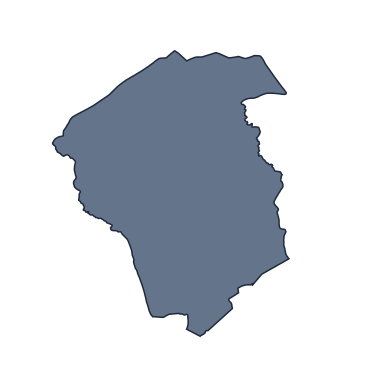 the district of Longsane, Vientiane, Laos, rotated 73°
{"feature_id": "54806243B36605497856689", "entity_name": "Longsane", "entity_type": "district", "adm_level": 2, "iso_a3": "LAO", "parent_name": "Laos", "parent_adm1": "Vientiane", "projection": "equal_earth", "projection_center": [102.9, 18.631], "detail": "fine", "context": "isolated", "style": "filled", "palette": "slate", "viewbox_px": 384, "rotation_deg": 73, "n_neighbors": 0, "source": "geoboundaries", "source_scale": "gbopen_adm2", "svg_char_len": 6064}
<svg xmlns="http://www.w3.org/2000/svg" viewBox="0 0 384 384"><g transform="rotate(73 192 192)"><path d="M51.7,167.1L54.5,173.8L56.2,177.5L55.2,181.6L54.9,182.7L55.0,183.0L54.7,184.4L55.8,188.0L57.4,192.0L59.5,198.1L61.8,205.9L65.7,222.1L67.9,228.6L69.5,232.5L72.0,237.4L74.8,242.6L77.7,251.9L80.6,261.2L82.3,269.1L84.3,279.9L85.4,284.5L87.2,287.3L89.6,289.5L89.8,289.6L90.0,289.8L91.6,291.9L92.9,293.1L95.9,296.9L96.9,297.4L99.3,298.3L100.5,298.6L100.6,299.1L100.6,300.1L100.5,301.1L100.3,302.4L100.4,303.7L100.9,306.0L101.3,307.3L102.2,308.7L103.6,310.1L104.5,311.1L105.5,311.1L106.1,310.7L107.0,310.3L108.2,309.4L109.6,309.2L110.1,309.4L110.8,309.8L112.4,309.3L114.5,309.0L115.1,308.2L116.3,307.2L117.2,306.5L118.6,305.7L120.1,304.6L120.2,303.6L119.9,302.6L119.8,301.2L120.2,299.9L121.1,299.1L122.3,298.7L123.3,298.5L124.1,298.2L124.4,297.3L124.8,296.5L125.6,296.0L128.1,294.8L129.1,294.7L129.8,294.9L132.7,296.6L134.2,297.2L135.9,297.9L137.8,298.2L140.0,298.3L142.4,298.5L143.2,298.3L144.3,298.5L145.4,299.4L146.7,301.4L147.9,302.4L149.8,302.9L151.4,302.7L152.0,302.9L152.9,302.7L153.7,302.4L155.1,301.7L155.9,301.0L156.5,300.5L157.7,299.2L158.1,298.9L158.5,298.7L159.3,298.8L159.6,298.9L160.4,300.0L161.4,300.6L162.2,300.8L163.5,301.4L164.3,301.6L164.9,301.9L165.4,302.3L166.1,302.6L166.6,302.7L167.0,302.7L168.1,301.8L168.7,301.5L169.6,301.4L170.2,301.3L170.7,300.9L171.7,299.7L172.2,299.6L173.0,299.7L174.4,299.4L174.9,299.4L175.3,299.5L175.8,299.9L176.8,300.9L177.4,301.2L177.8,301.1L178.2,300.4L178.5,299.9L178.9,299.7L179.3,299.4L179.6,299.4L180.0,299.5L180.2,299.4L180.4,298.7L180.5,296.9L180.6,296.7L181.0,296.8L181.1,297.4L181.2,297.7L181.3,297.7L181.7,297.7L182.1,297.4L182.9,296.6L184.0,296.1L184.3,295.6L184.5,295.0L184.6,294.3L184.9,293.8L186.6,292.8L187.0,292.4L187.2,292.0L187.6,291.8L188.0,291.7L188.4,291.4L188.7,290.3L189.0,289.9L189.8,289.4L190.0,289.0L190.4,287.2L190.6,286.7L192.0,285.7L192.7,284.9L193.1,284.7L193.5,284.6L193.8,284.3L194.1,284.0L194.6,283.1L195.0,282.9L195.4,282.7L195.9,282.7L196.3,282.5L196.9,282.0L198.0,280.5L198.5,279.9L200.0,278.3L200.3,278.2L200.5,278.1L201.0,278.3L201.4,278.7L201.7,279.3L201.9,279.8L202.3,280.3L202.6,280.5L204.3,280.5L204.8,280.1L205.3,279.7L205.7,279.0L207.0,275.5L207.3,275.1L207.8,274.9L208.4,274.5L208.7,273.7L208.9,272.8L209.1,272.2L209.4,271.7L209.9,271.5L210.5,271.4L212.1,271.0L217.7,268.0L219.9,267.4L220.4,267.4L225.2,267.0L230.5,266.8L235.0,267.6L239.1,267.3L239.5,267.3L241.6,268.3L244.3,268.5L248.6,268.4L250.7,267.7L253.0,267.7L254.4,267.8L258.6,267.3L267.5,266.9L272.7,266.9L278.9,267.2L283.6,267.6L288.2,267.5L293.1,267.7L297.0,267.2L299.9,266.0L300.1,264.7L300.6,263.7L303.5,256.2L302.2,249.9L304.2,240.1L304.9,239.7L305.2,239.1L305.8,237.0L306.9,236.0L307.3,235.3L307.5,234.9L307.4,233.1L307.8,232.4L308.4,232.1L309.0,232.2L310.4,232.6L312.5,233.0L313.7,233.2L316.0,234.0L317.1,234.3L318.9,235.3L320.2,236.2L321.6,237.3L332.3,226.4L332.0,226.2L331.8,225.1L331.4,222.9L331.0,221.8L330.7,221.2L330.5,220.6L330.2,220.4L329.9,220.3L329.4,220.0L329.1,219.6L328.8,219.0L328.8,218.3L329.3,217.4L315.2,187.4L313.8,187.3L312.9,187.1L312.0,187.1L311.3,186.9L310.5,186.9L309.8,187.0L309.0,187.2L308.4,187.5L307.8,187.9L307.0,188.3L305.4,188.3L305.1,188.2L302.0,176.9L297.4,176.3L296.5,172.0L296.6,167.7L297.2,165.2L297.9,163.4L297.5,161.4L298.1,161.9L298.8,161.5L291.0,149.3L284.2,118.8L280.8,120.1L277.8,120.4L276.5,120.2L275.2,120.1L273.4,119.8L270.3,119.8L268.9,119.6L267.3,119.0L264.6,118.3L262.1,117.3L260.8,116.7L257.6,113.9L257.0,113.8L256.0,113.8L255.0,114.1L254.5,115.0L254.0,116.2L253.4,117.5L251.9,118.5L251.2,118.5L250.4,118.5L248.6,118.2L247.3,117.9L244.5,117.0L241.1,116.7L237.0,116.7L236.0,116.3L234.2,114.6L233.4,114.4L231.5,115.0L229.5,116.1L227.6,116.7L226.6,116.7L225.7,116.6L224.0,115.2L221.4,112.6L220.2,111.1L218.9,109.9L217.5,108.1L216.2,106.8L215.3,105.6L214.2,104.2L213.5,103.5L212.7,103.2L211.4,102.9L209.4,102.9L208.9,102.9L208.5,103.1L207.9,103.7L207.1,103.8L206.4,103.7L205.7,103.3L204.4,102.5L204.0,102.5L203.3,102.2L202.1,101.0L201.6,100.7L200.5,101.3L199.7,101.4L199.2,101.4L198.6,101.7L197.2,104.3L196.3,106.5L195.3,106.9L194.6,107.0L193.1,107.1L192.4,107.4L192.0,107.8L191.1,108.1L190.7,107.9L190.4,107.3L190.1,107.1L189.5,107.3L188.6,108.1L188.6,108.6L188.7,109.2L188.4,110.3L187.7,110.6L187.0,110.8L186.4,111.1L186.1,111.8L185.7,112.3L182.9,113.2L181.8,114.1L181.1,114.4L179.0,114.8L177.8,115.1L177.3,115.8L176.9,117.7L176.3,117.6L175.7,117.0L175.1,116.7L174.8,116.8L174.1,117.3L173.6,117.3L173.1,116.7L172.6,115.8L172.1,115.4L171.7,115.5L171.0,115.8L170.2,115.7L169.4,115.1L168.9,114.9L167.8,115.6L166.9,115.3L166.5,114.8L166.2,114.1L166.0,113.6L165.5,113.4L163.9,113.2L163.1,113.3L162.3,114.4L161.1,114.0L160.4,114.3L159.9,114.7L159.4,114.5L159.0,113.9L158.2,112.7L157.3,111.5L156.0,110.2L154.4,109.2L152.9,109.2L150.1,109.3L149.6,109.5L149.3,110.1L148.2,112.3L147.9,113.9L147.6,115.0L147.3,115.6L146.6,115.5L145.2,114.7L144.6,114.5L144.1,114.6L144.1,115.4L144.4,116.1L144.7,116.6L144.7,117.0L144.6,117.8L144.1,118.9L143.4,119.5L142.8,119.3L142.1,118.5L141.3,118.5L140.7,118.8L140.4,119.6L139.7,120.1L138.9,120.4L138.0,120.2L137.7,119.9L137.4,119.0L136.9,117.9L136.6,117.6L136.3,117.6L134.7,118.5L134.2,119.2L133.5,118.8L133.0,118.6L132.2,118.8L131.6,118.7L130.7,117.5L129.9,116.7L129.3,116.5L128.2,117.5L127.5,117.1L126.6,116.3L126.1,115.9L125.5,116.0L125.1,116.3L124.6,116.8L123.8,116.9L123.2,117.5L122.8,118.6L122.0,119.0L121.0,118.8L120.4,117.9L119.4,115.6L119.1,113.2L119.1,110.7L119.4,109.0L120.4,104.9L120.3,101.4L119.7,98.3L119.5,95.7L119.4,92.7L119.6,90.9L120.8,86.9L123.2,80.8L124.9,77.1L125.8,74.8L125.7,73.6L125.1,72.9L124.3,72.9L121.1,74.0L117.9,75.3L106.6,79.3L91.7,84.2L86.5,85.2L83.4,86.2L82.1,86.9L81.2,88.3L80.3,91.2L79.7,92.6L80.0,94.8L80.1,98.4L80.0,102.0L79.0,103.6L77.6,105.6L76.0,107.9L75.7,110.6L74.7,117.1L74.1,118.1L68.1,125.0L65.8,128.2L65.7,130.1L65.8,134.0L65.8,137.8L65.8,143.1L64.3,148.1L64.1,150.4L64.5,155.1L65.1,158.7L55.2,164.5L51.9,167.3L51.7,167.1Z" fill="#64748b" stroke="#1e293b" stroke-width="1.5"/></g></svg>